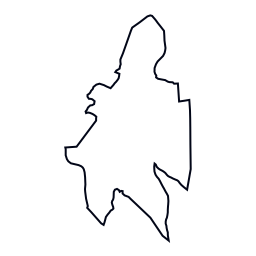 outline of Picuí, Paraíba, Brazil
{"feature_id": "56859067B6156700578434", "entity_name": "Picuí", "entity_type": "district", "adm_level": 2, "iso_a3": "BRA", "parent_name": "Brazil", "parent_adm1": "Paraíba", "projection": "robinson", "projection_center": [-36.343, -6.485], "detail": "fine", "context": "isolated", "style": "outline", "palette": "ink", "viewbox_px": 256, "rotation_deg": 0, "n_neighbors": 0, "source": "geoboundaries", "source_scale": "gbopen_adm2", "svg_char_len": 2410}
<svg xmlns="http://www.w3.org/2000/svg" viewBox="0 0 256 256"><path d="M156.5,21.2L155.3,19.6L152.1,15.9L150.3,15.4L147.4,16.4L139.7,22.3L132.2,27.6L130.9,30.8L125.8,45.3L122.9,53.5L120.4,59.5L120.4,61.8L120.7,64.2L120.0,66.2L119.6,68.6L117.9,69.7L116.4,70.5L115.3,72.1L117.7,73.1L119.4,73.8L119.1,76.1L118.6,78.4L117.6,79.9L116.1,81.8L114.7,83.2L113.4,85.0L111.8,86.8L110.6,88.2L106.6,86.5L103.9,85.1L99.5,83.7L96.4,84.6L93.5,86.9L92.7,89.1L91.0,90.9L90.3,92.5L89.2,93.7L87.5,94.9L87.5,96.7L88.9,98.8L90.9,98.9L92.3,99.3L94.6,101.2L94.1,104.1L92.1,105.2L90.3,105.4L88.0,107.5L86.9,109.9L85.6,111.5L86.1,113.1L87.9,112.5L90.0,112.9L92.6,114.0L94.5,115.2L96.3,116.7L96.1,118.3L96.1,120.6L76.6,146.7L65.3,147.5L65.7,149.2L65.7,155.3L66.9,159.1L68.3,161.3L70.9,163.3L74.7,164.2L78.6,165.1L81.3,166.3L82.8,167.6L83.8,169.3L84.6,172.3L85.1,177.2L85.4,184.6L85.2,186.8L85.0,189.1L85.2,191.8L86.1,198.8L87.8,206.1L87.2,207.8L91.4,212.3L101.1,223.3L103.6,224.9L104.5,222.3L105.2,219.8L105.9,217.0L107.6,214.6L109.3,212.6L110.7,210.6L112.3,209.7L113.4,208.6L113.2,207.0L112.4,204.9L111.8,202.6L112.2,201.0L113.1,199.6L113.6,197.5L113.7,194.6L113.8,191.8L114.9,189.7L117.0,188.9L118.9,190.1L119.7,191.8L121.1,190.9L122.6,191.1L122.6,193.5L124.6,195.4L126.5,196.1L128.6,196.9L130.6,198.9L140.2,208.0L150.4,217.7L162.6,235.8L168.7,240.6L168.3,238.1L167.9,235.8L167.8,234.0L167.8,232.4L167.1,230.2L166.6,227.8L166.4,225.8L165.7,223.7L165.7,221.6L166.1,219.5L166.9,217.7L167.4,215.2L167.8,212.4L167.8,209.9L167.9,208.2L168.0,206.5L168.2,204.4L168.4,201.1L168.2,198.4L168.0,195.9L166.9,193.8L165.7,191.8L164.9,190.3L163.9,188.4L162.9,186.7L162.2,185.4L161.3,183.7L160.0,181.1L158.7,178.8L156.9,176.8L155.5,174.6L154.5,171.6L154.3,169.0L154.2,166.6L154.6,163.6L155.8,164.6L156.7,166.8L158.5,168.6L160.2,169.7L161.8,170.5L163.5,171.5L165.3,172.9L166.9,174.9L168.0,176.0L169.4,176.8L171.3,177.6L172.7,178.4L175.2,179.5L177.2,180.3L178.4,181.2L179.6,182.9L181.3,184.9L183.7,187.0L185.8,188.7L187.1,189.7L190.7,169.1L190.4,144.3L190.3,127.9L190.2,118.5L190.0,110.4L189.3,99.9L184.5,100.7L179.1,101.5L177.9,83.5L174.1,83.7L172.7,82.3L169.3,82.1L167.7,81.6L165.2,80.1L162.4,79.6L158.1,78.8L156.1,77.4L156.3,75.5L155.2,73.9L154.5,71.8L154.6,68.0L156.0,64.2L157.6,61.5L163.1,55.9L164.6,52.9L165.2,50.3L165.5,48.0L164.5,40.6L164.3,35.4L164.0,30.9L160.6,26.5L157.8,23.0L156.5,21.2Z" fill="none" stroke="#020617" stroke-width="2"/></svg>